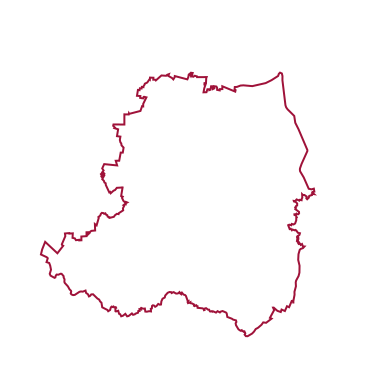 the district of Tres Valles, Veracruz, Mexico, rotated 196°
{"feature_id": "50627088B63503421753996", "entity_name": "Tres Valles", "entity_type": "district", "adm_level": 2, "iso_a3": "MEX", "parent_name": "Mexico", "parent_adm1": "Veracruz", "projection": "natural_earth1", "projection_center": [-96.161, 18.292], "detail": "fine", "context": "isolated", "style": "outline", "palette": "rose", "viewbox_px": 384, "rotation_deg": 196, "n_neighbors": 0, "source": "geoboundaries", "source_scale": "gbopen_adm2", "svg_char_len": 5862}
<svg xmlns="http://www.w3.org/2000/svg" viewBox="0 0 384 384"><g transform="rotate(196 192 192)"><path d="M179.8,304.7L179.4,302.5L178.2,302.0L178.1,300.4L192.0,302.0L191.2,299.3L193.7,298.5L193.4,297.3L196.0,297.1L196.6,299.1L197.6,300.1L199.9,299.8L199.1,297.8L200.3,296.7L201.4,299.3L202.8,298.9L202.4,295.4L203.3,294.8L203.4,295.6L205.5,295.0L205.6,291.9L208.4,291.0L208.8,295.2L208.6,299.1L209.7,298.8L210.0,300.1L208.6,300.6L209.7,305.3L209.6,306.5L218.8,303.8L219.1,304.5L221.4,304.5L222.4,303.2L224.0,303.1L224.2,306.6L225.8,306.2L225.5,303.6L226.3,304.4L226.5,305.4L227.5,304.0L227.2,301.3L227.5,299.0L240.5,298.7L240.3,297.5L241.0,295.1L242.7,296.1L246.9,297.1L246.7,298.9L248.2,297.8L248.9,296.6L253.5,295.6L257.5,289.3L258.1,289.8L260.2,289.3L260.6,291.2L263.9,290.4L263.5,288.5L263.9,288.7L265.2,284.9L267.2,283.1L267.2,282.1L267.8,280.2L267.6,279.4L269.2,279.2L269.0,277.6L270.7,277.3L270.5,275.4L272.1,275.2L271.4,269.3L268.1,270.0L267.8,268.2L266.3,268.3L264.6,268.6L264.7,270.0L264.4,270.3L261.9,270.4L263.2,263.3L262.5,260.8L263.3,260.7L263.6,261.6L263.9,255.7L273.9,249.8L274.3,250.2L274.2,249.1L278.4,248.0L275.6,238.2L286.1,235.3L286.0,233.9L283.9,232.7L284.2,232.0L280.3,231.9L279.5,225.0L276.1,225.5L275.7,222.1L274.5,220.0L273.4,219.2L272.6,217.4L270.0,215.8L269.4,210.8L271.4,210.2L270.6,202.0L273.9,201.0L271.3,196.9L284.1,194.6L284.8,189.9L282.9,188.3L283.7,186.3L283.4,186.1L284.5,184.1L283.6,183.2L282.3,186.0L281.4,185.5L283.3,181.9L282.4,181.3L280.7,184.8L281.8,179.6L279.7,178.4L278.8,177.0L277.4,176.6L276.8,175.0L271.4,168.8L270.7,169.5L269.8,168.4L267.8,171.6L266.5,172.7L265.4,175.3L260.0,177.2L260.1,178.2L259.0,168.6L257.3,168.4L257.7,167.1L255.5,164.6L253.6,163.6L253.1,164.3L251.4,164.1L252.6,162.9L252.4,162.2L252.9,162.3L254.2,160.5L253.3,160.3L253.9,157.3L253.1,155.4L256.5,151.5L256.5,150.5L258.2,150.3L259.6,148.5L260.3,146.6L263.9,144.5L264.2,144.9L265.0,144.6L265.3,145.1L266.3,145.1L267.1,146.4L268.1,146.4L269.4,147.6L270.4,146.8L271.2,147.3L272.9,147.1L273.6,145.8L273.7,144.1L275.1,142.1L274.5,141.4L274.5,133.6L276.5,134.4L274.5,128.3L278.0,126.9L279.0,125.7L279.0,124.7L280.1,122.8L280.8,124.7L282.3,124.2L281.2,120.5L286.1,118.7L285.0,115.1L287.0,114.4L287.2,115.0L290.3,113.7L291.8,115.1L294.2,115.0L295.2,119.4L298.4,118.2L298.6,118.7L302.7,117.1L301.6,114.6L302.7,105.8L302.1,105.1L301.0,104.8L304.5,96.0L319.4,103.6L320.2,95.5L320.0,90.3L313.7,89.3L312.4,88.6L312.5,84.5L309.7,84.4L308.0,82.1L306.1,78.4L306.2,74.1L304.9,72.6L300.5,71.6L299.8,72.2L299.9,74.0L299.4,75.3L297.6,75.7L295.8,77.2L294.8,77.4L292.2,75.7L291.8,74.4L290.5,73.0L289.9,70.4L289.2,69.5L285.3,67.1L282.8,64.6L281.2,63.8L280.7,63.1L280.6,61.0L279.6,60.3L277.9,60.1L276.3,60.8L272.7,65.0L271.3,65.8L269.5,66.1L267.2,67.9L266.0,65.8L263.8,65.0L262.3,63.2L261.5,63.8L260.6,65.8L258.9,66.4L253.5,63.5L251.6,63.0L250.2,61.5L248.5,60.6L246.5,56.4L240.8,55.3L239.7,54.3L238.2,56.0L238.2,58.7L237.6,59.7L236.7,59.5L235.9,60.3L235.2,59.7L233.6,60.3L233.0,59.7L233.6,59.0L232.7,56.3L232.2,56.2L230.2,57.5L228.5,54.8L227.3,54.7L225.8,53.0L224.3,54.0L222.5,56.5L220.1,54.6L218.8,55.3L216.3,58.7L214.8,57.7L213.2,58.7L212.9,59.4L210.6,61.1L210.8,62.8L209.6,63.2L210.2,64.9L208.8,65.0L209.3,65.8L208.9,66.6L206.9,66.3L205.2,67.0L203.9,64.2L202.4,64.5L200.4,65.6L198.5,65.9L199.4,68.4L198.5,69.0L199.0,71.5L198.4,72.3L197.3,72.4L195.8,71.5L194.7,72.6L193.6,75.1L191.9,74.8L190.8,75.3L191.3,78.4L190.9,81.3L189.1,83.1L189.2,85.1L187.6,88.4L186.0,89.7L184.1,90.0L183.7,89.3L182.0,90.7L179.6,90.0L178.5,90.2L177.5,90.7L176.5,92.2L175.9,91.4L174.3,90.8L174.4,92.4L174.1,92.6L172.0,91.1L170.1,91.0L169.2,90.4L166.1,86.1L165.6,86.3L165.9,85.0L165.2,84.1L163.4,85.5L163.4,84.8L162.9,84.7L161.3,84.9L158.9,84.4L158.8,83.2L158.1,83.0L156.6,84.3L155.8,83.6L155.2,83.7L154.7,82.2L149.6,83.1L148.7,82.8L147.9,81.7L147.5,82.0L147.9,82.4L147.4,83.7L146.4,84.2L144.1,83.3L143.1,83.6L141.9,82.2L140.8,82.3L140.0,83.0L139.2,82.6L138.6,83.1L135.7,82.7L134.6,84.5L132.0,83.9L131.6,84.8L129.8,86.0L126.0,85.5L125.2,84.9L123.6,81.6L118.8,81.2L117.4,80.7L114.3,80.7L113.5,79.3L113.9,77.9L113.0,76.1L109.5,72.8L107.1,72.0L106.1,72.9L105.3,72.1L103.5,72.5L103.4,71.8L102.5,71.8L101.8,70.8L102.1,69.4L100.5,68.3L99.7,68.5L98.8,68.7L95.2,72.5L93.9,74.9L93.0,77.8L91.1,79.7L88.6,83.5L87.6,86.3L84.7,86.7L80.6,92.2L82.4,92.5L80.5,101.1L82.2,103.2L81.6,103.4L77.2,101.3L73.6,101.1L73.5,103.7L69.9,103.2L69.2,108.4L66.9,108.0L66.1,114.8L64.9,115.4L63.8,112.8L64.5,115.0L65.1,121.5L66.0,124.3L66.1,130.0L67.4,133.8L67.5,135.6L66.4,140.6L66.5,144.1L68.3,150.8L71.2,156.0L72.5,161.6L72.5,166.1L71.8,167.3L69.9,168.6L68.9,170.6L70.4,170.3L71.9,172.3L72.9,171.1L73.8,172.0L75.0,171.4L75.9,172.2L74.9,172.7L75.2,173.1L76.4,173.8L77.6,173.8L77.9,176.3L77.1,174.8L76.8,175.1L76.8,176.2L77.4,177.9L77.7,178.0L78.4,177.2L78.7,177.7L78.5,178.6L76.9,180.4L76.9,182.1L79.0,182.0L81.2,183.8L82.2,184.0L82.5,183.5L85.2,183.6L85.5,182.8L87.0,183.9L87.9,183.3L90.4,186.6L89.5,187.4L87.4,187.4L87.3,188.8L85.4,188.8L84.2,190.2L84.0,193.5L84.7,196.1L84.3,196.5L85.7,198.0L87.2,198.2L87.4,198.8L86.2,199.2L85.6,200.0L85.0,199.6L83.6,200.0L83.2,201.1L83.7,202.4L88.0,204.0L87.7,205.3L88.5,205.6L88.1,207.2L87.2,208.0L87.7,209.9L89.4,211.0L91.4,211.0L91.7,211.5L90.3,211.7L89.4,213.7L86.5,213.3L86.4,214.1L84.4,214.3L84.7,215.9L84.4,216.9L85.5,220.2L84.6,219.7L83.1,220.1L80.5,219.2L80.4,217.5L79.3,216.8L78.2,218.7L78.2,220.6L75.9,222.1L76.3,222.9L76.0,223.3L74.1,223.6L76.3,224.7L76.2,225.2L74.5,226.1L75.8,228.8L77.8,227.5L80.7,227.3L88.6,236.8L93.8,241.7L94.4,243.0L94.7,244.4L94.4,249.3L92.4,263.1L92.7,264.2L107.0,281.8L111.8,287.0L114.7,293.3L122.9,297.8L124.8,299.3L126.1,301.2L135.9,324.4L137.0,328.4L138.3,330.7L140.3,331.0L141.1,329.5L141.2,327.3L146.4,321.4L151.2,317.0L163.2,310.4L172.0,308.7L174.7,307.7L177.8,305.4L179.8,304.7Z" fill="none" stroke="#9f1239" stroke-width="2"/></g></svg>